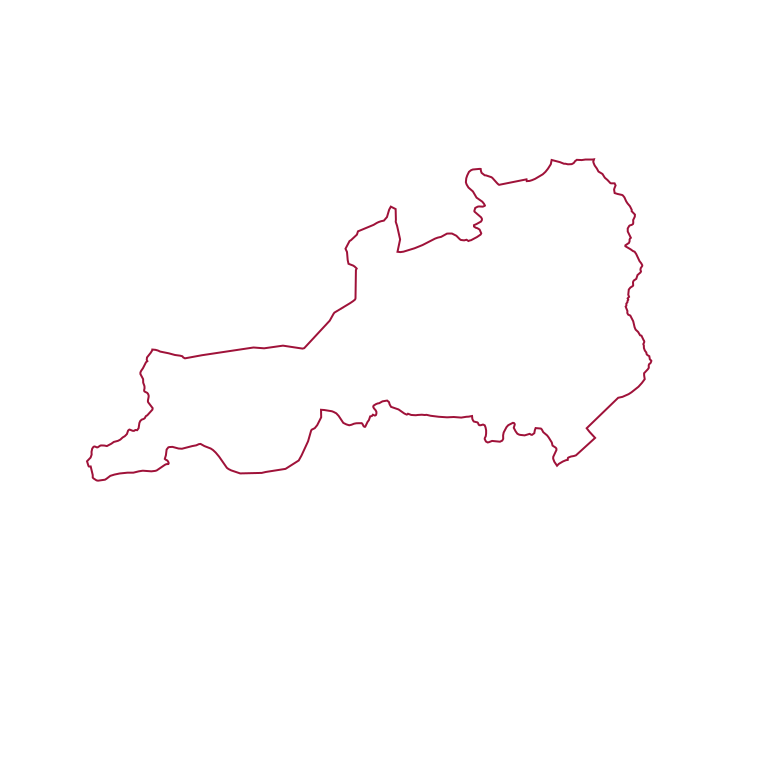 Lomas de Sargentillo, Guayas, Ecuador (Mercator projection), rotated 242°
{"feature_id": "8360857B38256129042157", "entity_name": "Lomas de Sargentillo", "entity_type": "district", "adm_level": 2, "iso_a3": "ECU", "parent_name": "Ecuador", "parent_adm1": "Guayas", "projection": "mercator", "projection_center": [-80.083, -1.835], "detail": "fine", "context": "isolated", "style": "outline", "palette": "rose", "viewbox_px": 768, "rotation_deg": 242, "n_neighbors": 0, "source": "geoboundaries", "source_scale": "gbopen_adm2", "svg_char_len": 6147}
<svg xmlns="http://www.w3.org/2000/svg" viewBox="0 0 768 768"><g transform="rotate(242 384 384)"><path d="M523.2,195.6L522.5,195.1L521.1,192.7L518.7,187.2L516.8,185.9L515.9,185.7L515.3,185.8L514.9,184.0L511.1,178.6L509.6,175.7L508.6,174.4L507.2,173.6L501.4,173.6L498.2,172.0L494.6,171.5L492.7,170.6L491.3,169.4L490.5,169.0L489.7,169.1L487.3,170.8L485.9,171.0L484.4,170.8L483.2,170.2L480.4,167.9L479.3,167.3L478.5,167.2L471.3,168.4L470.1,167.5L467.5,160.3L467.4,158.6L466.1,156.6L466.0,155.3L466.3,153.3L465.7,151.3L464.4,149.7L460.2,146.6L459.1,144.4L460.1,142.9L460.0,141.2L460.8,140.0L463.2,138.0L463.3,137.5L463.0,136.2L460.5,133.5L459.6,130.6L459.5,128.2L458.7,125.1L458.7,122.5L459.7,118.2L459.3,115.3L459.3,110.2L461.0,108.1L462.3,105.9L462.8,104.7L462.5,101.5L462.8,100.8L464.6,99.3L464.9,98.5L464.8,97.7L463.9,96.0L461.4,93.9L458.9,92.7L456.8,90.4L455.2,85.5L450.4,84.6L449.6,84.8L448.9,86.3L440.4,84.1L438.1,82.9L437.0,83.2L433.9,84.9L432.9,86.1L430.5,92.7L430.6,94.4L431.4,99.2L430.6,103.4L429.1,108.6L426.0,116.2L423.4,121.0L422.0,126.5L420.7,130.3L416.1,137.6L414.7,141.2L414.4,142.7L415.5,152.6L415.4,154.2L414.6,156.0L414.9,156.5L415.8,156.9L417.4,156.9L418.3,156.7L419.7,155.7L420.8,155.3L423.5,158.0L428.2,161.3L429.3,163.8L429.2,164.6L427.8,167.7L423.5,172.3L421.7,175.2L419.2,185.6L418.0,189.4L417.8,192.3L417.2,193.9L413.5,196.3L408.4,200.7L406.0,202.0L402.5,203.2L397.3,204.3L383.8,205.9L381.9,206.8L379.5,208.5L372.6,215.0L362.9,234.3L361.8,238.4L355.3,257.2L356.5,272.8L359.6,277.6L369.1,290.1L377.0,297.7L377.6,298.7L377.5,302.1L379.0,305.7L384.1,312.9L390.8,316.3L389.1,319.0L384.4,325.2L383.0,326.4L380.5,328.1L377.1,329.0L368.8,329.8L366.0,331.8L363.9,333.9L363.3,336.1L363.0,338.9L362.3,341.2L359.9,345.9L359.1,346.2L356.1,346.2L355.1,347.0L355.1,347.4L358.2,351.6L359.2,353.7L361.9,356.6L361.4,358.2L362.1,359.8L360.6,360.9L360.3,361.7L360.5,362.5L361.6,363.5L362.9,364.2L364.6,364.3L367.2,363.7L368.5,363.7L369.1,363.9L369.8,364.7L370.0,367.4L369.8,369.3L369.3,370.7L369.4,374.5L367.9,379.0L365.6,379.9L363.4,379.4L360.5,379.5L354.7,384.9L348.4,388.1L346.4,389.6L346.2,390.5L346.5,391.2L343.9,393.5L342.9,395.1L341.5,397.4L340.8,399.3L339.1,403.0L337.5,405.4L336.8,407.1L334.1,410.2L329.4,416.9L325.0,424.0L322.1,430.1L318.1,436.4L316.4,441.3L315.4,443.5L314.4,446.7L311.7,445.6L309.9,445.5L308.7,445.7L306.2,448.5L305.3,448.7L303.7,448.5L302.9,448.8L302.2,450.0L301.7,452.4L300.3,453.5L298.1,453.3L295.1,452.4L292.3,450.9L290.1,449.3L288.9,447.6L288.2,447.1L285.4,447.0L283.8,448.0L283.4,449.1L283.0,452.7L278.6,459.3L278.5,461.8L279.6,463.5L282.8,465.1L285.0,466.9L288.4,471.9L289.3,474.4L289.2,479.6L288.4,480.5L287.4,480.6L286.8,480.4L284.4,478.0L280.4,478.0L277.5,478.4L275.9,479.5L275.1,480.4L272.6,484.1L271.6,489.2L270.0,490.2L269.6,490.9L270.0,493.6L272.4,495.5L273.9,497.2L271.0,501.6L269.8,502.0L266.7,502.0L262.0,503.9L259.5,504.3L253.6,504.7L250.5,503.9L247.4,505.6L246.2,505.9L244.8,505.3L240.2,499.2L238.6,498.3L235.4,497.9L230.6,498.4L231.4,500.8L231.6,505.5L231.3,508.9L230.7,510.6L231.9,511.3L232.4,511.8L232.5,512.3L232.2,515.0L231.3,517.8L230.9,520.0L237.3,545.1L245.3,543.0L249.8,542.2L261.9,584.3L260.7,588.5L260.2,595.2L260.5,598.6L262.1,607.4L263.9,612.3L265.9,616.5L269.4,617.7L271.4,618.7L273.2,624.0L274.0,625.4L276.2,626.5L277.0,627.3L277.3,629.0L278.4,630.5L279.2,631.0L280.9,630.3L284.0,631.3L286.0,630.1L287.1,629.9L288.7,630.4L291.1,630.0L293.8,630.4L296.0,631.5L297.5,631.7L298.5,633.1L299.2,633.7L300.2,633.9L300.8,633.8L305.8,634.0L306.8,633.0L310.7,632.8L313.9,631.7L316.4,631.9L322.4,633.5L328.8,633.6L330.5,632.2L332.0,632.1L332.7,632.3L334.2,633.2L338.9,633.7L339.4,634.8L341.2,635.7L341.9,637.3L343.0,638.0L343.7,639.2L345.2,639.3L345.9,641.3L348.2,641.6L352.5,644.5L353.5,646.9L353.7,649.6L354.1,650.3L356.9,651.6L357.6,652.3L358.1,653.2L358.4,656.1L361.2,659.0L362.1,662.9L362.8,663.8L364.4,664.0L365.7,665.0L367.0,667.4L367.6,667.8L369.8,667.8L372.5,667.3L380.4,667.7L383.1,667.4L384.6,666.2L387.1,665.0L392.3,661.8L393.1,662.2L393.6,666.6L394.8,667.9L396.2,668.6L396.9,669.5L397.2,670.6L404.2,670.8L406.9,672.2L408.5,674.8L408.6,675.5L408.2,677.5L408.4,679.0L409.2,679.7L411.8,681.0L414.0,684.0L415.8,685.1L420.3,683.8L421.5,684.5L425.5,684.6L429.2,683.8L431.7,683.6L435.9,683.9L438.4,683.4L439.2,682.9L442.1,679.5L444.3,677.3L447.6,678.4L448.5,679.2L450.6,681.7L452.9,681.8L454.5,678.8L455.1,678.2L459.2,677.1L462.5,675.8L466.9,675.5L470.9,673.1L474.3,673.1L478.0,672.6L480.4,672.8L482.0,673.1L483.8,674.9L484.3,673.5L487.6,667.3L488.9,663.7L491.4,659.5L491.0,657.1L490.2,655.8L490.0,654.5L490.0,653.0L491.6,649.6L493.4,647.5L494.0,646.3L497.3,643.5L503.1,637.2L499.7,634.4L497.1,629.8L495.5,626.1L494.6,622.6L494.2,613.7L494.5,610.4L495.0,607.8L496.1,605.3L497.8,605.9L505.8,579.2L506.3,578.8L508.0,578.2L514.9,576.5L516.1,576.0L520.3,572.0L521.0,570.9L524.6,569.3L526.5,569.6L528.5,570.3L529.1,569.3L531.7,563.1L531.9,561.2L531.4,558.6L529.0,555.3L527.0,553.2L523.7,551.0L521.4,550.6L517.8,550.8L512.3,552.9L505.1,553.2L498.8,556.4L496.2,556.9L494.2,556.9L494.0,556.6L494.2,554.5L496.2,551.2L496.6,549.9L496.6,547.2L494.5,545.1L494.2,544.9L493.5,544.9L485.5,548.0L483.9,548.0L482.9,547.5L481.9,546.0L481.8,540.7L482.0,538.0L480.8,537.4L479.0,538.3L477.7,539.6L475.5,540.9L471.4,540.6L470.6,539.5L470.1,535.2L470.1,532.3L470.1,528.3L470.5,527.0L470.6,525.7L472.6,524.6L473.2,522.2L475.1,519.5L476.2,518.9L480.9,517.5L485.0,514.6L487.2,510.3L487.1,503.5L488.0,500.2L488.4,497.3L488.6,483.2L489.5,474.7L491.7,463.3L492.8,460.3L494.4,458.0L504.1,466.1L517.5,469.8L521.7,470.5L523.4,471.6L533.0,476.4L537.4,473.3L535.5,470.4L530.0,465.0L528.3,460.6L529.1,457.9L529.5,455.4L529.6,453.3L529.4,449.5L531.0,432.7L528.6,430.2L526.5,422.4L526.4,420.7L521.5,413.5L517.9,413.3L510.4,410.1L506.8,409.1L503.0,412.4L501.5,413.2L498.8,414.1L497.8,412.7L473.1,399.1L472.2,398.2L471.7,395.8L471.3,392.0L470.3,373.7L469.6,372.3L465.4,365.8L453.1,330.4L453.5,328.7L465.3,312.8L471.8,294.9L477.5,285.9L494.9,236.7L500.1,220.3L501.7,219.2L503.1,219.0L504.7,217.3L507.8,213.0L512.2,208.3L517.7,201.6L519.7,200.1L521.5,198.2L523.2,195.6Z" fill="none" stroke="#9f1239" stroke-width="2"/></g></svg>